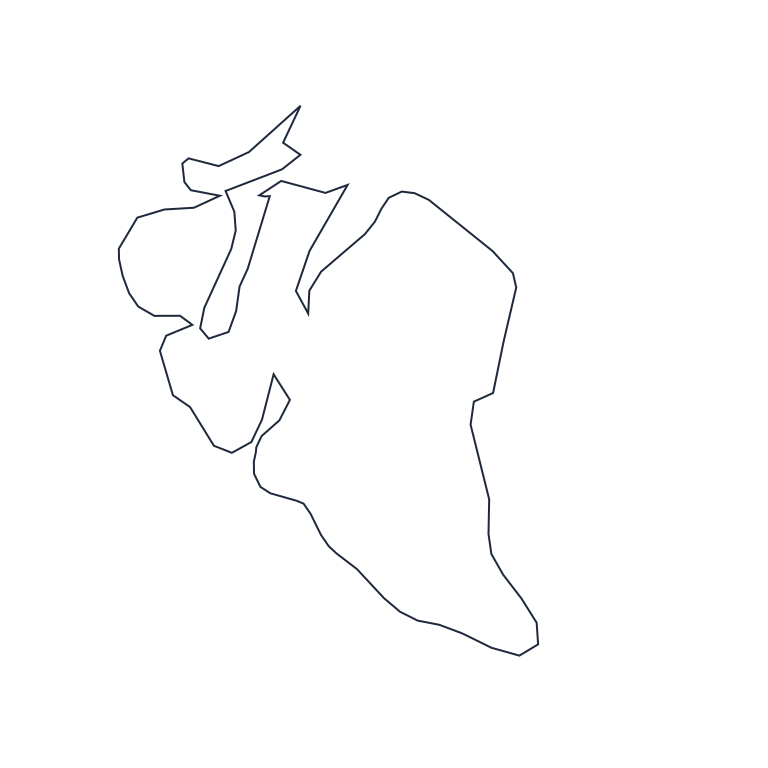 South Andros, Mercator projection, rotated 140°
{"feature_id": "BHS-5022", "entity_name": "South Andros", "entity_type": "District", "adm_level": 1, "iso_a3": "BHS", "parent_name": "The Bahamas", "parent_adm1": "", "projection": "mercator", "projection_center": [-77.637, 23.971], "detail": "fine", "context": "isolated", "style": "outline", "palette": "slate", "viewbox_px": 768, "rotation_deg": 140, "n_neighbors": 0, "source": "natural_earth", "source_scale": "10m", "svg_char_len": 1340}
<svg xmlns="http://www.w3.org/2000/svg" viewBox="0 0 768 768"><g transform="rotate(140 384 384)"><path d="M306.2,307.0L326.5,312.7L343.8,297.2L377.6,228.0L400.3,202.0L411.0,184.8L415.3,161.4L416.6,131.2L420.5,103.0L433.3,85.5L454.9,88.9L471.2,112.8L484.4,142.7L496.5,164.1L510.3,181.1L518.1,199.1L521.7,220.1L523.7,259.6L529.3,284.7L530.6,295.2L529.3,308.8L523.7,331.7L522.5,344.1L526.0,350.7L541.3,373.3L544.8,384.6L541.3,398.7L533.6,408.2L526.0,414.1L522.5,417.6L511.2,422.8L487.5,423.4L466.3,432.3L462.3,462.4L500.4,435.1L522.9,424.8L544.8,429.1L554.0,446.0L547.4,491.0L552.9,511.1L534.3,553.5L519.8,561.0L492.8,552.5L496.4,567.4L516.1,583.8L522.5,601.3L520.9,617.3L514.7,634.8L506.9,649.7L500.2,658.1L466.0,670.0L440.0,658.8L416.3,641.2L388.7,633.7L407.4,656.6L407.1,667.0L396.8,682.5L388.7,682.5L370.6,657.2L338.3,648.5L269.1,650.8L306.2,633.7L300.7,613.3L324.1,614.0L381.3,633.7L387.9,612.2L398.9,596.9L414.1,585.7L472.6,557.9L489.1,544.8L489.1,531.4L469.6,523.8L450.4,534.9L432.0,551.5L414.3,559.9L350.8,601.3L355.1,604.6L358.3,608.7L332.2,605.6L306.0,568.0L283.9,559.9L355.5,533.8L391.7,511.9L396.8,486.7L381.2,503.5L359.9,510.5L302.2,511.1L286.6,514.2L273.4,519.9L260.7,523.6L246.7,520.0L237.9,510.5L231.3,496.2L215.4,416.1L214.0,386.0L220.7,372.9L265.4,339.4L306.2,307.0Z" fill="none" stroke="#1e293b" stroke-width="2"/></g></svg>